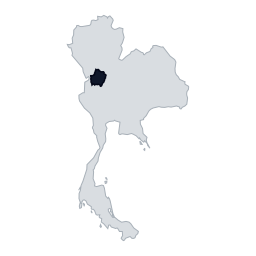 location of Kamphaeng Phet within Thailand
{"feature_id": "THA-400", "entity_name": "Kamphaeng Phet", "entity_type": "Province", "adm_level": 1, "iso_a3": "THA", "parent_name": "Thailand", "parent_adm1": "", "projection": "albers", "projection_center": [99.403, 16.336], "detail": "fine", "context": "in_parent", "style": "filled", "palette": "ink", "viewbox_px": 256, "rotation_deg": 0, "n_neighbors": 0, "source": "natural_earth", "source_scale": "10m", "svg_char_len": 5413}
<svg xmlns="http://www.w3.org/2000/svg" viewBox="0 0 256 256"><path d="M107.1,17.0L107.4,18.1L108.5,16.6L109.9,15.9L112.8,19.1L113.2,20.4L111.1,25.5L111.5,27.2L112.8,28.6L114.4,29.4L116.1,29.2L119.4,27.7L122.9,28.6L122.7,32.0L124.1,37.4L122.4,42.9L120.7,45.6L122.0,47.9L122.1,50.1L118.7,58.7L119.4,59.4L121.6,60.3L122.5,60.0L126.1,56.6L130.1,53.9L131.3,51.7L133.8,50.9L136.0,48.9L141.3,52.3L142.6,52.6L143.3,53.2L143.6,54.6L144.3,54.8L146.4,52.8L149.9,51.5L151.3,48.5L152.9,47.6L152.7,46.2L153.2,45.6L156.1,45.4L160.6,46.9L162.1,47.2L162.9,46.8L170.1,56.1L174.7,59.6L175.9,62.1L175.0,68.5L175.2,72.1L176.3,74.8L178.2,76.7L179.7,79.4L185.1,81.9L184.7,82.6L185.1,84.3L188.4,86.2L188.7,86.9L188.4,89.5L187.0,91.5L186.7,93.1L186.7,95.0L187.6,98.0L186.8,104.2L184.9,106.0L182.3,107.3L181.0,109.0L179.9,108.6L179.3,106.9L176.5,106.0L171.1,107.1L168.3,106.7L164.7,107.4L161.1,107.2L159.0,106.6L153.1,108.0L150.6,109.3L148.8,111.1L146.2,115.7L143.5,118.5L143.6,119.6L140.2,120.4L140.4,124.2L142.5,128.4L143.1,133.6L147.0,137.3L146.3,139.9L146.8,142.4L149.9,148.2L147.7,145.5L147.2,143.6L144.6,140.7L143.8,142.2L140.9,140.0L139.6,137.9L139.1,138.8L136.2,135.8L133.2,134.2L131.5,133.5L127.3,134.6L122.0,133.8L120.0,134.6L119.1,134.1L118.6,133.2L120.0,122.2L115.4,120.9L114.6,120.2L113.7,121.0L109.2,121.5L105.9,123.5L105.5,125.2L107.0,128.2L105.2,133.7L105.8,138.8L105.6,141.6L103.3,145.2L102.7,148.0L100.1,152.4L98.4,157.9L98.0,161.1L95.0,166.0L94.3,168.8L93.2,169.8L93.6,172.0L93.1,178.7L95.0,183.6L94.5,185.9L96.6,186.6L101.7,185.1L103.4,185.5L104.4,188.2L105.7,196.1L107.9,198.5L108.4,197.3L109.4,198.6L110.2,201.0L112.9,213.5L114.3,216.7L112.7,215.9L111.8,212.0L110.3,211.8L110.8,209.3L109.9,208.4L108.3,209.2L108.4,211.1L112.5,217.3L115.0,217.5L118.2,220.2L121.6,222.2L126.0,221.4L129.0,222.1L130.8,223.7L133.7,227.9L138.4,231.4L137.8,233.6L135.9,235.3L135.0,237.7L133.7,238.4L132.0,238.4L130.1,236.5L125.5,238.3L124.5,240.1L123.3,240.6L121.2,238.6L121.4,237.5L122.6,235.8L122.3,231.5L119.5,231.5L117.6,228.3L117.0,228.0L115.7,228.5L111.3,227.0L110.0,225.0L108.7,225.1L107.8,228.6L103.9,224.0L101.3,222.0L101.7,218.6L99.8,217.8L99.1,216.9L99.8,214.8L97.3,215.1L96.1,214.6L94.6,210.8L93.4,209.3L91.8,209.3L91.2,208.6L91.4,206.7L87.4,204.1L86.1,201.1L84.2,199.8L83.0,200.2L81.7,202.3L80.8,202.2L80.0,201.6L79.0,198.6L79.1,193.4L80.4,190.3L81.1,185.4L82.9,181.3L86.8,169.3L87.0,164.6L93.6,157.8L97.9,150.1L99.3,149.0L100.0,147.5L97.7,141.3L96.6,137.0L96.8,135.8L94.0,132.9L93.3,129.5L92.6,128.5L92.4,127.3L93.4,125.4L92.8,118.0L89.8,112.9L84.4,108.1L79.6,101.1L79.0,98.7L78.9,95.2L82.7,92.8L84.3,92.7L84.8,82.2L88.2,80.3L88.9,79.4L89.2,77.6L88.4,76.6L86.3,78.3L85.9,78.0L83.2,71.8L82.7,68.1L72.0,55.4L72.5,53.3L71.0,47.9L69.4,47.8L68.4,46.8L67.3,44.4L69.3,44.7L72.7,43.3L72.2,38.1L73.6,35.0L73.8,30.0L76.4,27.1L76.7,25.6L78.1,25.4L80.0,26.5L81.9,26.6L89.8,25.3L90.8,24.0L91.3,21.2L92.0,20.3L93.8,20.1L95.8,20.6L98.0,19.6L97.6,16.3L101.3,16.9L103.8,15.4L107.1,17.0ZM82.0,203.7L81.4,207.6L79.8,208.4L79.3,206.1L80.2,202.5L80.7,203.3L82.0,203.7ZM106.9,181.0L106.7,182.9L105.3,183.5L104.9,181.4L106.9,181.0ZM140.5,141.7L142.2,144.4L140.3,144.2L139.9,141.6L140.5,141.7ZM100.8,227.4L99.9,226.3L100.6,224.5L101.4,226.7L100.8,227.4ZM84.5,204.2L84.2,206.3L83.4,203.4L84.5,204.2ZM107.0,179.3L106.2,179.1L105.6,177.8L106.5,177.8L107.0,179.3ZM91.3,210.6L92.2,213.1L91.2,211.9L91.3,210.6ZM144.9,148.8L144.7,150.4L143.8,149.7L144.4,148.5L144.9,148.8ZM80.2,188.6L79.2,189.2L80.0,187.7L80.2,188.6Z" fill="#d9dde1" stroke="#a8b0b8" stroke-width="1"/><path d="M104.1,72.5L104.0,73.1L104.0,73.4L104.0,73.5L104.3,74.1L104.5,74.1L104.8,74.2L104.9,74.3L105.0,74.3L105.3,74.4L105.5,74.5L105.8,74.8L105.9,75.1L106.0,75.4L105.4,77.0L105.3,77.3L105.2,77.4L105.2,77.5L105.3,77.6L105.5,77.9L104.9,78.6L104.7,78.8L104.7,79.0L104.7,79.4L104.6,80.0L104.0,81.2L104.0,81.3L104.0,81.8L103.9,81.9L103.0,82.7L102.9,82.8L102.7,83.2L102.4,83.7L102.2,84.0L102.1,84.3L102.1,84.5L101.6,85.7L101.5,85.8L101.4,85.8L100.8,86.3L100.7,86.3L100.4,86.1L100.3,85.9L100.2,85.8L100.2,85.6L100.1,85.3L100.0,85.1L99.9,84.9L99.7,84.7L99.2,84.6L98.9,84.4L98.7,84.3L98.4,84.3L98.2,84.3L97.9,84.3L97.8,84.5L97.7,84.6L97.2,84.5L97.0,84.4L96.9,84.4L96.8,84.5L96.7,84.5L96.3,84.4L96.1,84.3L95.9,84.4L95.6,84.5L95.5,84.4L95.4,84.4L95.3,84.5L95.2,84.6L94.9,84.8L94.9,84.7L94.7,84.5L94.5,84.4L94.1,84.1L93.9,84.0L93.5,84.1L93.4,84.2L93.2,84.1L93.1,84.3L92.9,84.5L92.7,84.5L92.4,84.6L92.2,84.8L92.0,85.0L91.9,84.5L92.0,84.2L91.9,84.0L91.8,83.8L91.8,83.7L91.9,83.3L91.9,83.2L91.7,82.9L91.4,82.8L91.3,82.7L91.2,82.6L91.0,81.2L91.0,80.9L91.1,80.7L91.2,80.4L91.2,80.2L91.1,79.9L90.9,79.7L90.8,78.9L90.8,78.7L91.0,78.1L91.0,77.8L91.0,77.7L91.0,77.4L91.1,77.1L91.0,76.9L90.9,76.7L90.7,76.2L90.7,75.9L90.8,75.8L90.8,75.7L91.1,75.7L91.3,75.7L91.6,75.7L91.8,75.7L92.0,75.8L92.4,75.8L92.5,75.8L92.9,75.5L93.0,75.4L93.3,75.3L93.3,75.2L93.5,75.0L93.6,74.9L94.0,74.9L94.4,74.8L94.4,74.7L94.5,74.6L94.6,74.4L94.6,74.2L94.6,73.9L94.5,73.7L94.5,73.2L94.6,72.9L94.8,72.8L94.8,72.7L95.0,72.3L95.2,72.0L95.3,71.8L95.3,71.6L95.2,71.5L95.2,71.3L95.2,71.1L95.3,71.0L95.5,70.9L95.6,70.7L95.7,70.4L95.7,70.0L95.8,69.8L95.9,69.4L96.4,69.7L96.5,69.8L97.3,69.6L98.1,69.5L98.3,69.5L98.5,69.6L98.8,69.8L98.9,70.0L98.9,70.3L98.9,70.5L99.0,70.5L101.0,71.8L101.3,71.9L101.8,71.8L102.8,71.8L103.1,71.8L103.3,71.8L103.5,71.8L103.6,72.0L103.9,72.3L104.1,72.5Z" fill="#0f172a" stroke="#020617" stroke-width="1.5"/></svg>